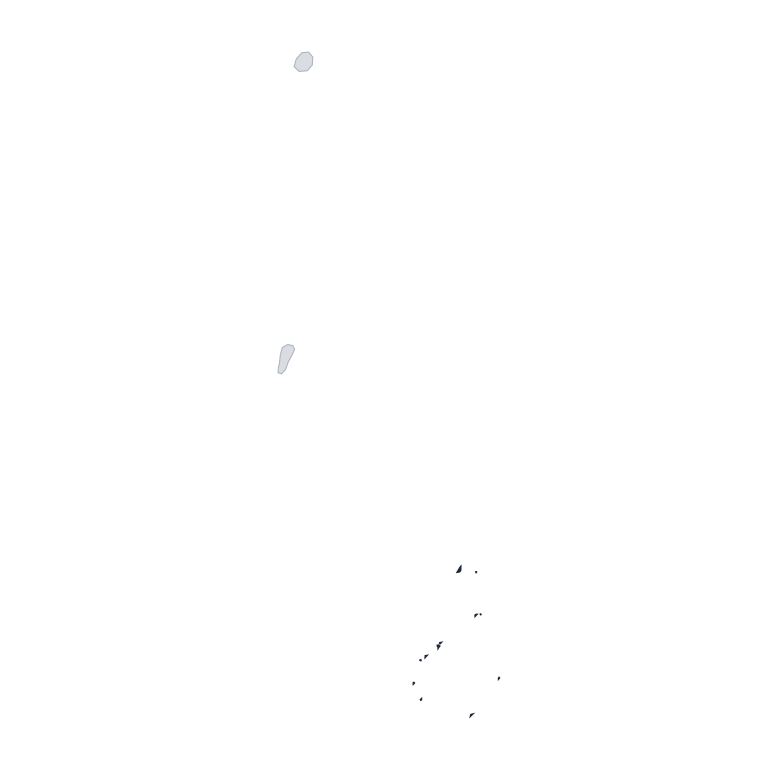 Baa on a map of Maldives (orthographic projection), rotated 178°
{"feature_id": "MDV-5228", "entity_name": "Baa", "entity_type": "Atoll", "adm_level": 1, "iso_a3": "MDV", "parent_name": "Maldives", "parent_adm1": "", "projection": "orthographic", "projection_center": [73.003, 5.117], "detail": "fine", "context": "in_parent", "style": "outline", "palette": "slate", "viewbox_px": 768, "rotation_deg": 178, "n_neighbors": 0, "source": "natural_earth", "source_scale": "10m", "svg_char_len": 1267}
<svg xmlns="http://www.w3.org/2000/svg" viewBox="0 0 768 768"><g transform="rotate(178 384 384)"><path d="M484.4,423.9L479.0,426.8L473.9,425.6L472.1,421.9L474.7,416.4L478.9,409.4L481.9,401.8L486.2,397.7L489.5,399.0L489.1,403.3L487.6,409.2L486.6,416.8L484.4,423.9ZM454.5,717.9L447.8,718.4L443.7,713.1L444.6,705.2L449.8,699.7L458.0,699.4L462.8,704.3L460.3,711.9L454.5,717.9Z" fill="#d9dde1" stroke="#a8b0b8" stroke-width="1"/><path d="M317.0,193.6L314.0,198.3L313.9,198.4L314.1,195.3L314.9,194.0L316.0,193.7L317.0,193.6ZM338.9,118.7L338.9,118.8L339.2,119.6L339.6,120.4L339.6,120.8L338.4,120.9L337.7,120.1L338.0,119.7L338.5,119.3L338.9,118.7ZM352.1,109.9L352.0,110.8L351.1,110.9L352.1,109.9ZM364.9,83.6L364.9,84.3L363.8,84.7L364.9,83.6ZM308.8,49.6L308.6,50.4L307.7,50.6L308.8,49.6ZM300.8,149.2L300.8,149.3L300.6,149.9L300.6,150.0L300.2,150.2L299.8,150.3L299.7,150.3L300.8,149.2ZM337.5,122.3L337.1,123.3L336.4,123.4L337.5,122.3ZM297.6,192.7L299.3,192.5L299.2,192.5L298.7,192.9L297.6,192.7L297.6,192.7ZM358.9,66.6L357.8,67.7L357.8,67.2L358.9,66.6ZM279.6,85.7L279.6,85.8L279.3,86.5L278.6,86.8L279.6,85.7ZM356.1,106.2L357.1,106.6L358.2,107.0L357.1,106.8L356.1,106.2ZM296.1,150.0L295.1,151.0L295.3,150.4L296.1,150.0Z" fill="none" stroke="#1e293b" stroke-width="2"/></g></svg>